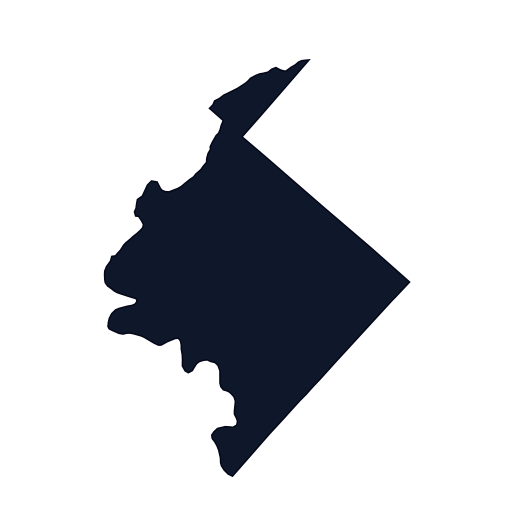 the district of Palotina, Paraná, Brazil, rotated 221°
{"feature_id": "56859067B34205123828041", "entity_name": "Palotina", "entity_type": "district", "adm_level": 2, "iso_a3": "BRA", "parent_name": "Brazil", "parent_adm1": "Paraná", "projection": "natural_earth1", "projection_center": [-53.775, -24.293], "detail": "fine", "context": "isolated", "style": "filled", "palette": "ink", "viewbox_px": 512, "rotation_deg": 221, "n_neighbors": 0, "source": "geoboundaries", "source_scale": "gbopen_adm2", "svg_char_len": 2318}
<svg xmlns="http://www.w3.org/2000/svg" viewBox="0 0 512 512"><g transform="rotate(221 256 256)"><path d="M364.6,161.1L362.5,156.8L361.9,150.0L360.3,145.4L358.2,142.7L354.6,138.9L352.3,137.0L348.3,136.0L343.7,136.5L340.2,136.6L336.8,137.3L332.8,138.9L323.9,142.7L318.4,145.2L316.0,143.7L315.8,140.1L317.3,137.2L320.3,133.5L324.9,126.7L326.6,123.3L327.1,117.9L325.8,112.6L323.8,109.0L321.5,105.7L319.0,104.7L315.5,105.6L308.7,107.7L305.2,109.8L302.7,113.2L300.2,115.4L297.1,117.1L294.4,118.4L290.6,120.2L287.2,121.3L276.2,123.3L271.2,124.7L269.1,126.6L266.7,133.2L262.9,140.7L260.7,143.0L257.4,142.4L254.0,139.8L251.5,136.9L246.9,133.1L243.9,130.0L239.4,124.7L234.2,122.8L230.5,123.5L228.9,127.7L229.7,132.2L230.2,135.8L229.5,139.2L227.1,143.0L224.5,145.7L221.4,146.5L216.9,148.7L212.9,148.5L207.9,145.7L199.7,136.3L196.7,134.3L192.9,133.6L189.6,135.1L187.1,135.8L184.5,135.8L180.2,135.3L176.2,132.8L170.5,124.7L168.4,122.4L164.6,120.9L161.7,119.3L159.6,115.8L161.0,111.6L163.5,109.9L167.3,107.0L171.9,100.6L172.4,95.8L171.9,91.8L169.2,89.5L165.5,88.8L161.0,87.2L156.9,85.1L153.8,82.8L150.5,80.4L146.9,76.6L144.4,75.0L139.4,73.5L133.9,73.2L129.3,74.4L129.1,130.5L128.4,153.9L128.4,157.1L128.0,175.8L127.4,184.4L127.3,193.7L126.8,205.6L126.4,228.2L124.1,312.0L123.8,316.8L123.0,337.1L175.0,337.6L238.6,337.1L267.3,337.1L291.5,337.1L313.4,337.1L344.7,336.8L344.5,365.6L344.6,438.8L347.1,436.2L349.6,433.5L351.1,430.4L351.8,425.9L353.3,421.6L354.8,415.0L357.2,413.5L359.8,412.4L364.6,411.3L366.7,407.3L367.5,402.8L370.3,398.8L372.8,395.7L374.7,392.0L376.8,386.4L376.8,383.1L377.2,380.1L378.2,376.3L380.1,369.9L382.3,364.6L384.1,360.3L385.8,356.5L387.1,350.5L389.0,345.9L387.7,342.0L388.0,336.9L369.6,336.8L367.9,331.7L366.0,327.9L364.8,324.2L365.1,320.8L363.6,313.2L362.3,308.5L360.3,306.5L359.5,302.1L357.2,297.3L354.8,294.3L354.7,289.0L354.3,284.9L355.2,278.4L355.0,274.8L356.2,270.2L357.3,264.0L358.0,259.4L359.4,255.5L363.7,247.4L366.5,245.2L369.6,244.0L372.2,244.2L379.2,247.0L384.1,244.1L384.5,238.4L382.3,230.8L381.1,226.7L382.6,220.9L380.0,216.5L377.9,213.4L376.7,209.6L373.1,207.2L370.6,208.9L366.1,207.7L361.7,206.0L360.1,203.2L360.1,199.3L360.6,195.1L361.6,189.9L361.9,186.7L362.9,180.7L363.0,177.3L362.1,171.4L362.3,167.1L362.1,164.0L364.6,161.1Z" fill="#0f172a" stroke="#020617" stroke-width="1.5"/></g></svg>